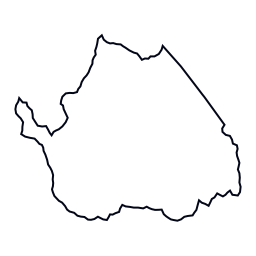 outline of Itororó, Bahia, Brazil
{"feature_id": "56859067B83493520997574", "entity_name": "Itororó", "entity_type": "district", "adm_level": 2, "iso_a3": "BRA", "parent_name": "Brazil", "parent_adm1": "Bahia", "projection": "natural_earth1", "projection_center": [-40.027, -15.038], "detail": "fine", "context": "isolated", "style": "outline", "palette": "ink", "viewbox_px": 256, "rotation_deg": 0, "n_neighbors": 0, "source": "geoboundaries", "source_scale": "gbopen_adm2", "svg_char_len": 2211}
<svg xmlns="http://www.w3.org/2000/svg" viewBox="0 0 256 256"><path d="M16.1,113.4L18.6,116.3L20.7,118.3L23.1,122.2L22.4,126.8L22.3,130.7L21.2,134.1L25.1,136.6L29.9,137.8L34.6,138.6L37.6,141.7L39.4,143.9L41.9,144.9L43.2,147.6L43.6,150.9L45.4,154.7L47.1,159.7L48.1,164.5L50.3,167.8L51.9,171.0L53.1,175.1L52.7,179.5L53.2,183.0L52.9,186.3L52.0,189.3L52.9,192.3L54.4,196.0L58.9,200.8L62.1,202.6L65.1,206.1L67.1,209.6L69.6,211.5L74.2,212.8L77.4,215.7L80.8,216.6L84.5,217.0L88.0,219.6L91.0,219.8L94.4,219.0L97.9,216.7L100.4,218.0L103.2,219.4L106.9,220.0L108.6,217.2L110.0,214.4L112.7,214.6L115.4,213.2L119.1,211.9L120.1,208.5L122.3,204.9L125.6,206.4L129.8,206.9L133.8,207.6L138.1,207.6L143.2,208.4L146.7,206.7L149.4,208.2L152.0,209.2L155.1,209.9L158.6,209.8L161.7,209.6L163.8,214.2L166.3,216.4L168.5,217.9L170.9,219.4L173.5,220.0L177.4,220.7L181.0,219.4L184.3,216.8L187.7,216.0L192.6,215.4L194.2,212.8L196.4,209.9L197.7,205.0L199.0,200.3L201.8,202.7L205.2,203.9L208.6,205.8L210.5,201.9L211.8,199.0L214.5,197.4L217.2,193.4L220.3,195.1L222.9,196.4L225.5,194.8L227.4,192.6L230.0,190.6L232.4,194.8L235.0,195.1L237.8,195.5L240.0,192.1L240.6,186.8L239.4,182.5L239.8,177.7L239.4,173.3L237.9,169.5L238.7,166.2L239.4,162.9L238.5,160.0L237.1,156.0L236.6,152.5L237.6,148.9L236.9,145.3L232.9,143.6L232.0,139.6L229.9,135.9L225.8,134.9L222.5,131.9L222.2,128.5L224.5,124.8L204.3,96.9L202.3,94.4L200.4,91.9L180.9,66.4L162.7,45.9L161.6,49.7L158.8,54.0L154.5,56.4L150.5,56.4L148.4,58.7L144.9,58.5L141.9,59.8L139.3,56.2L137.1,53.5L133.8,52.6L129.4,50.4L125.5,47.7L123.0,46.2L120.7,44.4L116.5,44.1L113.2,43.1L110.0,43.4L106.9,42.2L103.8,39.7L101.8,35.3L98.0,38.7L97.2,43.6L96.4,47.0L95.1,50.8L95.7,54.7L93.8,57.4L92.6,60.2L92.4,63.8L90.3,67.8L88.6,72.3L86.6,75.4L83.9,78.3L81.7,82.0L80.4,86.4L78.3,88.9L77.0,92.1L73.3,93.1L69.6,92.9L65.8,93.4L62.4,96.7L61.2,100.4L60.7,103.9L63.0,105.5L63.7,109.2L65.7,113.5L67.7,117.8L65.7,122.2L62.4,126.4L58.8,129.3L56.0,130.5L53.6,131.9L51.6,135.3L49.7,132.8L48.2,129.8L46.1,126.1L42.1,126.5L37.7,125.7L35.2,121.8L32.8,118.0L32.6,114.2L31.8,110.3L29.4,108.2L27.4,106.0L26.5,102.6L22.7,102.4L19.2,98.1L18.3,101.6L16.1,105.3L15.4,109.2L16.1,113.4Z" fill="none" stroke="#020617" stroke-width="2"/></svg>